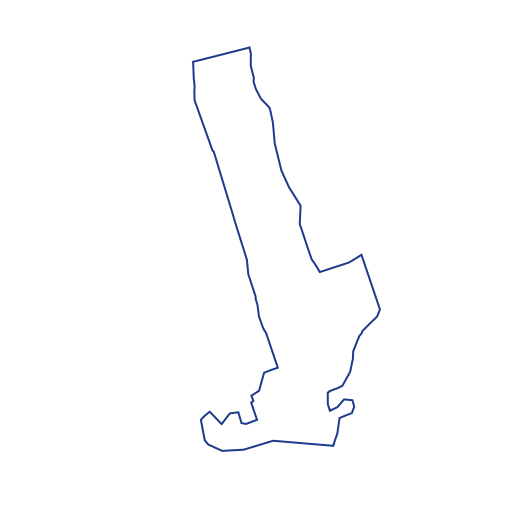 Gokdepe, Ahal, Turkmenistan (orthographic projection), rotated 343°
{"feature_id": "10190150B73322470423680", "entity_name": "Gokdepe", "entity_type": "district", "adm_level": 2, "iso_a3": "TKM", "parent_name": "Turkmenistan", "parent_adm1": "Ahal", "projection": "orthographic", "projection_center": [57.988, 38.679], "detail": "fine", "context": "isolated", "style": "outline", "palette": "blue", "viewbox_px": 512, "rotation_deg": 343, "n_neighbors": 0, "source": "geoboundaries", "source_scale": "gbopen_adm2", "svg_char_len": 1568}
<svg xmlns="http://www.w3.org/2000/svg" viewBox="0 0 512 512"><g transform="rotate(343 256 256)"><path d="M280.6,451.3L282.1,449.1L288.5,435.4L289.3,435.3L293.1,434.9L301.8,434.2L305.9,428.8L306.0,422.1L298.3,418.9L290.8,423.6L289.7,424.3L281.6,425.6L281.7,425.0L281.4,425.1L281.4,418.5L283.8,410.5L283.9,410.3L284.6,407.6L286.1,407.4L286.6,406.8L293.1,406.3L294.7,406.3L300.5,405.5L311.9,394.6L313.2,392.5L317.4,384.7L318.3,383.4L321.2,375.4L331.4,362.7L334.2,361.0L335.9,358.8L346.7,353.1L354.1,349.3L358.9,343.4L357.2,285.7L345.7,288.8L344.5,288.9L342.8,289.4L312.5,290.0L312.4,289.7L312.2,289.7L311.3,285.4L309.7,279.8L308.3,275.6L307.8,263.1L307.4,243.8L307.1,238.5L313.1,221.7L313.3,220.8L307.7,200.0L305.3,182.0L305.4,181.4L305.3,180.8L305.8,172.5L306.8,153.9L311.1,133.7L312.2,121.8L312.3,118.2L306.7,107.1L306.4,105.4L304.7,96.3L304.6,88.6L306.0,85.2L306.6,72.6L310.2,61.1L310.8,54.6L310.3,54.6L310.2,54.7L252.6,51.9L252.6,52.1L248.4,68.0L246.9,75.9L245.1,80.6L242.8,89.3L245.2,141.2L245.2,142.4L246.1,143.6L246.0,211.5L245.9,218.3L246.2,256.8L243.3,271.2L243.8,294.7L243.1,297.1L243.1,303.1L241.2,314.7L241.3,317.4L241.7,326.3L242.1,329.0L243.1,332.3L244.2,369.2L237.6,369.4L229.6,370.0L219.5,385.8L210.8,388.2L210.8,388.5L211.1,393.8L208.5,394.8L209.1,413.0L205.2,413.2L197.4,413.7L193.3,411.6L193.4,400.3L185.3,398.9L184.2,399.4L174.0,406.7L167.0,392.9L166.1,391.4L160.5,393.7L155.4,396.5L153.1,417.3L155.2,422.3L166.7,432.5L187.5,437.6L218.4,437.7L274.4,460.1L275.6,458.5L275.4,458.4L280.6,451.3Z" fill="none" stroke="#1e3a8a" stroke-width="2"/></g></svg>